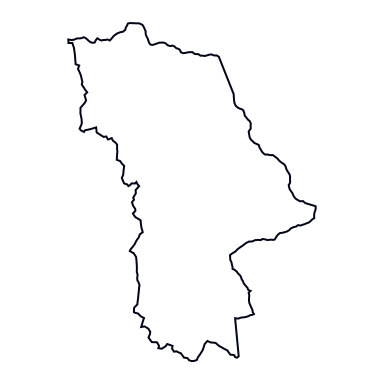 Paranhos, Mato Grosso do Sul, Brazil (Mercator projection)
{"feature_id": "56859067B31129416768882", "entity_name": "Paranhos", "entity_type": "district", "adm_level": 2, "iso_a3": "BRA", "parent_name": "Brazil", "parent_adm1": "Mato Grosso do Sul", "projection": "mercator", "projection_center": [-55.352, -23.726], "detail": "fine", "context": "isolated", "style": "outline", "palette": "ink", "viewbox_px": 384, "rotation_deg": 0, "n_neighbors": 0, "source": "geoboundaries", "source_scale": "gbopen_adm2", "svg_char_len": 4435}
<svg xmlns="http://www.w3.org/2000/svg" viewBox="0 0 384 384"><path d="M68.3,39.5L68.5,43.0L72.3,43.0L73.9,47.7L74.7,52.9L75.1,57.2L75.6,64.2L79.2,65.5L78.0,68.8L79.1,71.2L80.0,73.2L80.9,75.5L82.4,82.1L81.8,84.6L83.9,87.7L85.1,89.7L87.2,92.3L84.5,95.0L86.1,100.4L84.6,103.1L80.5,107.8L80.4,113.4L81.6,119.1L81.8,123.6L80.7,126.2L79.6,128.7L81.1,130.5L84.0,131.9L85.0,130.3L90.6,129.1L96.1,127.4L96.7,132.5L103.6,136.9L106.3,136.5L108.0,139.5L111.7,138.1L112.9,140.7L115.1,142.3L117.1,144.5L117.1,149.3L117.4,151.3L117.0,155.4L116.8,159.8L120.2,161.1L122.0,163.8L124.2,165.9L123.5,171.0L123.2,174.9L121.8,177.9L123.0,180.9L124.1,183.4L127.3,184.5L128.4,186.1L130.1,185.1L131.6,183.4L135.0,183.5L136.4,182.0L137.1,183.7L139.1,186.1L135.6,190.1L135.8,193.4L133.2,197.7L134.0,199.7L132.0,202.2L133.1,205.8L135.2,208.9L135.4,210.9L132.9,213.5L135.2,217.0L140.6,220.3L140.8,222.9L141.4,227.5L142.3,230.4L142.7,232.3L139.8,234.3L138.8,237.3L136.4,240.7L134.6,244.3L132.2,247.5L130.9,248.9L129.8,251.0L132.1,252.4L133.6,253.1L136.1,257.0L136.3,259.0L136.7,263.6L136.9,267.5L136.8,272.2L137.6,274.5L137.2,277.9L137.3,280.1L138.5,282.3L139.5,285.1L139.1,287.5L138.9,290.1L138.7,292.3L138.3,295.6L138.1,298.1L137.7,301.1L137.3,304.5L135.7,306.1L134.2,307.6L133.9,310.5L134.0,312.3L135.7,313.0L138.1,313.5L139.8,315.4L141.1,316.5L144.0,318.0L142.9,321.3L141.2,327.0L144.5,326.4L148.3,328.6L150.3,332.0L149.7,334.9L148.5,337.5L151.8,342.1L157.0,342.3L159.0,345.8L158.4,348.2L161.8,348.7L163.3,347.7L165.7,346.2L167.2,344.0L172.5,345.9L172.1,348.8L174.1,351.7L176.4,351.3L179.2,352.7L180.8,353.2L184.0,357.6L187.4,358.1L189.2,360.3L191.4,361.0L193.9,361.0L196.8,360.0L198.0,357.2L200.4,353.8L202.8,349.9L204.7,344.0L207.4,341.0L210.5,342.4L215.6,342.9L219.0,345.9L224.9,349.2L227.2,350.3L230.4,354.7L232.3,354.8L234.3,355.2L235.0,357.0L237.0,357.7L238.7,356.3L235.1,318.2L238.2,318.6L240.9,317.6L244.2,317.3L246.7,316.7L248.7,316.1L250.1,315.2L251.9,314.9L253.9,314.1L252.7,311.9L252.3,309.5L251.2,307.4L250.2,305.0L249.4,303.2L249.0,300.9L249.0,298.4L249.3,295.7L248.7,292.6L250.5,290.9L248.2,289.8L247.4,287.7L245.5,285.6L243.7,283.3L243.1,281.5L241.8,279.5L240.8,276.5L239.7,275.0L238.1,273.5L236.8,271.7L234.4,269.6L232.6,269.0L232.5,266.6L231.9,264.5L231.5,262.4L230.3,259.9L230.0,255.1L232.1,253.5L233.8,252.5L235.4,251.5L237.3,249.5L239.7,247.6L241.7,246.3L243.9,244.7L246.2,242.9L249.2,241.5L251.8,241.5L253.5,240.9L255.3,240.1L258.3,239.9L260.9,240.1L262.3,239.0L264.7,239.3L267.8,240.1L270.7,239.6L273.0,239.9L274.8,239.5L276.0,237.3L277.8,234.8L279.9,233.1L282.1,232.8L284.0,232.4L287.2,231.4L289.4,230.0L290.7,228.5L293.3,227.2L296.0,226.6L298.1,225.1L300.2,225.6L302.2,224.9L304.7,224.1L307.1,223.1L308.8,222.5L310.2,221.4L312.5,219.2L314.2,218.2L314.1,215.2L314.5,212.5L315.6,209.4L315.7,206.3L313.0,205.4L310.2,204.6L307.6,203.8L305.1,203.0L303.0,201.1L300.1,201.3L297.9,200.1L295.4,198.5L293.6,196.0L292.4,193.1L290.8,190.9L289.7,189.2L289.2,187.4L288.7,185.0L290.0,183.0L290.1,180.9L290.0,178.9L290.1,177.1L289.7,174.7L288.3,172.4L287.0,170.4L286.1,168.4L285.5,166.2L284.3,164.4L282.4,163.2L280.8,162.0L279.1,160.6L277.5,158.6L275.1,156.7L272.9,155.1L271.0,155.2L269.1,154.9L267.3,154.5L265.2,154.6L263.6,153.5L261.9,151.6L260.8,149.6L259.6,147.7L258.7,144.9L256.1,143.7L254.2,142.9L253.0,141.5L251.2,139.9L249.8,137.8L249.2,134.8L248.7,131.4L250.7,128.6L250.6,125.7L250.8,123.5L249.7,121.1L247.9,119.6L246.3,117.5L244.8,115.7L244.1,112.5L243.3,110.3L241.7,109.2L239.7,108.6L238.0,107.7L236.0,106.1L235.0,104.4L234.4,102.6L234.0,99.6L233.8,96.5L233.7,94.2L218.8,56.7L216.5,55.4L214.3,55.5L212.6,54.9L211.0,54.4L208.9,54.8L204.9,56.0L202.9,55.7L200.5,55.7L198.5,54.2L196.2,54.1L194.5,53.8L192.4,52.1L188.7,52.2L185.5,52.9L183.0,53.2L180.9,52.2L179.7,49.6L178.2,48.8L176.3,48.2L174.3,46.3L172.5,45.6L170.3,46.1L167.6,45.2L165.7,43.4L163.7,42.6L161.3,42.6L159.1,42.7L156.7,43.6L154.7,44.3L152.7,44.9L150.4,44.6L149.1,42.8L148.4,40.6L147.5,38.1L146.4,36.3L145.7,34.1L145.6,31.2L144.6,28.9L143.8,27.1L142.5,24.9L139.4,23.4L136.0,23.3L132.8,23.2L130.0,23.0L127.8,23.6L127.1,25.5L125.8,27.5L125.3,29.8L122.8,31.8L120.7,32.1L118.8,32.8L116.7,33.7L115.0,35.0L113.6,36.1L111.8,38.3L109.9,40.5L107.5,39.5L105.6,39.9L103.2,40.0L101.6,40.5L99.7,39.8L97.3,38.3L95.9,40.0L94.7,42.5L92.6,42.8L90.3,42.1L87.8,40.0L86.1,38.4L83.8,37.2L81.8,38.0L80.2,38.4L77.1,38.4L73.7,39.8L71.2,40.0L68.3,39.5Z" fill="none" stroke="#020617" stroke-width="2"/></svg>